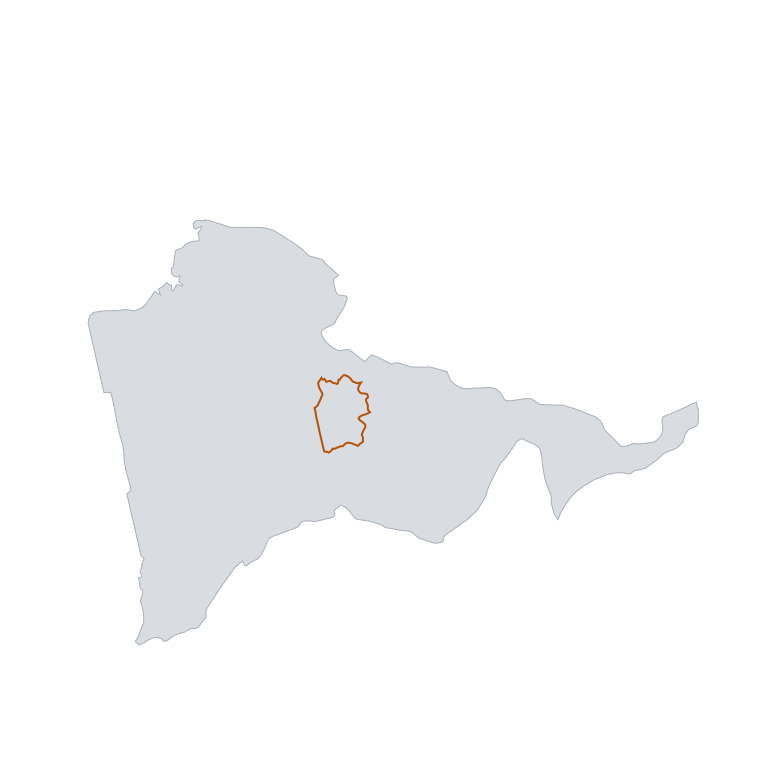 Djerem, Adamaoua, Cameroon shown in context, rotated 77°
{"feature_id": "32672807B72380332498823", "entity_name": "Djerem", "entity_type": "district", "adm_level": 2, "iso_a3": "CMR", "parent_name": "Cameroon", "parent_adm1": "Adamaoua", "projection": "orthographic", "projection_center": [12.686, 6.508], "detail": "fine", "context": "in_parent", "style": "outline", "palette": "amber", "viewbox_px": 768, "rotation_deg": 77, "n_neighbors": 0, "source": "geoboundaries", "source_scale": "gbopen_adm2", "svg_char_len": 5118}
<svg xmlns="http://www.w3.org/2000/svg" viewBox="0 0 768 768"><g transform="rotate(77 384 384)"><path d="M183.8,521.7L185.4,517.6L196.8,498.4L204.1,467.7L207.4,460.5L210.7,455.7L227.2,439.4L233.4,434.2L242.3,428.3L248.7,416.3L250.8,415.0L253.6,414.0L267.8,403.9L269.0,405.9L269.9,408.3L271.0,409.5L275.6,410.3L281.9,410.2L285.5,409.5L287.4,407.5L289.4,401.8L290.5,400.8L292.0,400.5L298.9,404.5L310.2,415.7L313.0,417.7L314.3,419.9L316.7,430.0L318.1,432.6L320.6,433.6L325.0,433.0L329.6,431.2L333.6,428.6L337.6,425.2L340.3,422.2L341.5,420.0L342.1,411.7L343.0,409.9L357.8,397.9L357.4,396.7L355.0,393.3L352.9,389.6L355.1,385.8L357.3,382.8L365.9,372.9L366.4,365.6L373.3,354.3L377.2,339.2L377.3,336.3L386.2,319.8L395.6,318.3L399.2,316.0L403.4,311.9L406.0,308.1L407.3,304.4L408.2,297.4L409.9,289.5L410.9,282.5L413.7,276.0L418.4,272.7L426.5,270.0L427.7,268.7L428.9,264.4L430.0,250.1L431.4,243.8L438.9,236.7L442.2,225.5L445.1,213.8L453.6,199.7L463.5,185.6L468.1,181.8L472.0,180.1L476.5,179.9L479.5,178.8L490.2,171.8L494.7,169.4L498.0,167.0L498.7,164.8L499.0,161.8L498.0,154.5L499.8,149.2L500.8,140.9L501.2,134.5L500.8,132.3L498.8,128.6L495.6,124.6L490.2,122.2L482.8,121.6L479.0,120.1L477.5,112.8L477.0,108.1L471.9,83.7L481.2,83.7L492.3,86.6L495.2,88.8L496.7,97.2L500.8,101.9L507.9,105.8L512.4,113.8L514.2,126.0L518.2,133.3L519.1,134.5L524.8,148.3L525.1,154.6L524.7,158.9L527.0,164.3L523.6,173.4L522.7,178.9L522.4,186.8L524.5,200.6L527.9,211.2L531.6,219.9L535.5,226.5L542.0,233.9L548.9,240.6L555.3,244.9L549.4,247.4L538.0,247.8L531.4,246.4L528.2,246.3L525.0,247.2L512.8,248.6L500.4,248.0L488.9,246.4L482.0,246.7L476.6,250.8L472.3,257.0L468.2,261.9L469.7,267.3L472.8,270.3L478.7,276.9L484.1,283.3L486.8,287.6L497.5,297.0L507.8,305.3L512.7,308.2L514.5,308.8L520.1,313.6L527.9,321.5L535.1,333.9L545.2,358.7L547.4,360.7L550.8,362.0L551.2,364.6L551.0,368.5L549.9,371.7L542.0,384.8L535.1,389.8L533.0,392.8L530.5,400.4L524.1,415.1L521.4,417.2L515.1,427.3L510.1,439.9L508.8,441.9L506.7,443.4L499.3,446.6L496.9,448.1L493.1,452.1L492.6,454.7L494.4,458.2L496.4,461.1L500.3,461.1L502.4,463.8L502.5,483.3L500.7,486.3L500.8,487.6L499.9,490.9L499.7,494.7L500.2,496.2L501.7,497.4L503.8,500.0L504.9,506.0L507.5,527.1L508.6,530.4L510.7,532.8L517.2,537.3L524.0,543.2L526.2,547.1L527.5,553.5L530.1,558.5L530.0,560.2L528.9,560.8L524.7,561.3L526.1,564.9L529.7,571.3L547.1,590.7L563.8,608.0L567.7,609.2L570.7,609.6L571.9,610.6L573.5,613.1L579.0,619.4L580.0,623.1L578.8,626.5L580.1,632.0L581.1,633.9L580.8,635.7L581.4,642.3L582.9,648.1L585.4,653.0L585.1,656.4L581.9,658.4L580.0,661.6L579.5,666.1L580.4,671.6L582.9,678.0L583.0,681.7L579.0,684.3L574.5,679.9L569.6,677.0L562.2,671.8L554.7,670.0L545.1,669.7L541.0,670.4L533.8,666.2L531.5,665.7L528.3,667.4L526.1,667.5L523.4,666.8L517.9,667.0L517.4,664.0L516.5,663.4L510.6,663.7L508.8,661.2L508.0,661.5L505.6,660.7L500.9,657.2L495.9,659.5L485.5,659.3L433.1,659.3L431.8,656.0L429.2,654.3L424.5,654.2L410.6,654.9L399.9,654.3L392.8,653.0L383.9,652.3L372.9,652.9L361.6,652.8L341.5,651.9L330.4,652.0L330.7,654.0L330.0,655.4L329.4,658.9L258.2,658.6L252.5,656.2L250.7,654.7L250.2,651.7L248.8,651.4L249.9,639.0L252.4,628.7L253.3,619.2L256.7,610.6L255.0,602.1L252.9,598.4L242.2,586.4L247.1,581.8L240.7,582.4L239.3,578.0L236.2,572.6L238.1,571.7L240.0,568.8L245.8,569.7L245.6,568.3L240.6,563.8L241.1,561.5L243.2,559.0L242.2,557.9L238.5,560.5L235.9,560.4L233.9,558.7L232.4,558.4L233.3,561.9L231.2,564.9L229.3,566.0L226.0,565.8L223.3,565.0L222.6,563.3L220.0,561.9L212.9,559.6L207.0,556.9L205.8,549.6L203.4,546.4L202.5,542.8L201.9,538.7L202.8,532.5L201.3,531.5L199.5,531.1L197.0,531.4L194.6,531.0L191.8,527.5L189.3,526.2L190.8,532.6L189.0,534.3L184.7,533.8L182.9,531.4L182.6,529.6L184.6,521.9L183.8,521.7Z" fill="#d9dde1" stroke="#a8b0b8" stroke-width="1"/><path d="M436.0,457.5L437.0,456.2L437.2,454.6L438.4,453.3L438.2,452.4L438.0,452.0L437.6,451.4L436.8,449.9L435.4,448.6L436.0,447.4L435.8,445.3L435.3,443.9L435.4,442.4L434.9,440.8L435.3,438.0L433.6,435.5L432.9,432.5L434.6,428.7L437.9,424.0L438.2,423.6L438.4,423.4L436.6,420.4L436.0,418.3L435.3,417.4L433.7,417.2L431.9,416.6L428.0,417.0L427.6,416.6L425.6,415.2L423.7,413.6L421.7,411.9L420.0,411.4L418.5,411.9L417.4,412.8L416.0,413.6L415.2,414.7L414.1,415.4L413.5,415.8L412.5,416.5L411.1,416.1L410.3,414.5L409.6,412.4L409.4,408.7L408.9,406.1L408.3,404.0L405.6,405.5L402.7,405.0L401.4,404.5L396.4,405.3L394.5,404.7L394.1,403.7L393.3,402.5L391.0,402.5L389.9,402.9L389.2,404.5L388.5,406.1L388.3,407.5L387.4,408.9L385.1,410.2L382.7,410.4L379.9,408.6L377.4,406.0L377.3,407.4L377.4,408.9L376.9,410.6L375.9,411.8L375.7,412.1L375.1,413.4L374.1,414.1L372.7,414.8L371.0,415.5L368.8,417.1L366.7,419.8L366.5,421.7L368.3,424.7L369.9,426.2L369.6,427.3L373.1,428.8L373.3,430.1L372.6,430.8L371.4,433.5L368.9,435.6L368.7,437.8L369.0,439.7L367.5,440.2L365.7,440.8L366.2,442.2L365.7,443.1L364.3,443.4L363.9,443.5L368.1,448.0L370.7,448.1L373.0,448.0L376.6,447.0L378.9,446.3L381.1,446.6L382.4,447.9L383.9,448.8L386.2,450.5L389.9,453.5L390.6,454.6L391.8,457.1L395.3,457.0L400.5,457.4L404.6,457.4L411.1,457.4L415.5,457.6L436.0,457.5Z" fill="none" stroke="#b45309" stroke-width="2"/></g></svg>